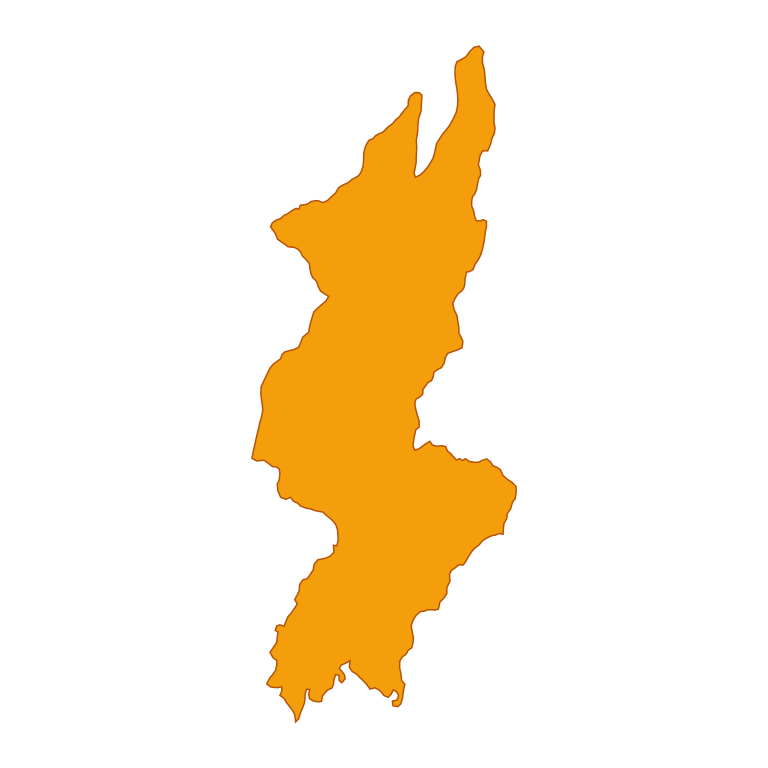 the district of Claro dos Poções, Minas Gerais, Brazil
{"feature_id": "56859067B92506852264935", "entity_name": "Claro dos Poções", "entity_type": "district", "adm_level": 2, "iso_a3": "BRA", "parent_name": "Brazil", "parent_adm1": "Minas Gerais", "projection": "equal_earth", "projection_center": [-44.226, -17.057], "detail": "fine", "context": "isolated", "style": "filled", "palette": "amber", "viewbox_px": 768, "rotation_deg": 0, "n_neighbors": 0, "source": "geoboundaries", "source_scale": "gbopen_adm2", "svg_char_len": 5505}
<svg xmlns="http://www.w3.org/2000/svg" viewBox="0 0 768 768"><path d="M510.5,509.2L512.4,502.4L515.1,498.7L516.1,492.9L516.1,486.7L512.3,482.5L507.3,479.3L502.9,475.3L500.5,469.8L496.6,467.1L493.0,465.8L490.5,461.9L486.7,458.9L482.4,460.3L478.4,462.3L474.4,462.3L469.0,461.3L465.4,458.7L462.4,460.5L459.7,458.7L456.3,460.0L453.6,456.9L450.6,453.5L447.5,451.1L445.7,446.5L441.1,445.7L436.5,446.3L432.3,444.9L430.0,441.3L425.9,443.6L422.8,446.0L419.1,448.7L414.8,450.3L413.0,445.6L414.0,438.3L415.7,430.0L419.1,427.0L419.1,420.8L417.2,414.8L415.5,408.1L414.8,402.9L416.1,399.0L419.8,397.0L422.8,394.1L422.9,389.4L425.6,385.9L428.0,382.5L431.5,380.6L433.1,377.2L434.0,372.1L437.1,369.9L441.6,367.5L444.2,363.0L445.4,357.5L447.7,353.3L452.7,351.5L457.5,349.9L461.9,347.9L462.9,341.5L461.1,337.3L458.9,333.0L458.9,327.2L457.9,321.9L457.0,315.7L454.2,309.9L452.7,303.5L455.3,298.0L457.9,293.9L461.1,291.5L463.6,288.5L464.7,284.6L465.1,278.4L466.6,272.0L469.8,271.5L473.1,269.5L475.0,264.4L478.4,259.5L481.1,254.0L482.6,248.4L484.1,241.5L484.9,235.5L485.4,231.3L486.5,226.7L486.4,221.3L483.4,219.7L480.0,220.9L476.3,220.7L474.8,217.1L473.8,211.5L471.6,205.7L471.7,201.3L472.4,197.1L474.7,193.9L476.5,189.8L477.6,183.4L478.8,178.3L480.7,175.2L480.2,169.5L478.4,164.9L479.3,159.3L480.2,155.2L482.7,150.8L487.7,150.9L490.5,144.4L492.1,137.8L494.3,133.8L495.0,128.2L494.0,122.4L494.0,116.6L494.1,110.9L495.0,104.4L491.8,98.5L488.9,93.8L486.4,88.9L485.4,82.3L484.9,75.1L484.2,69.1L482.6,63.3L482.3,57.3L483.9,52.1L479.1,46.1L473.9,47.4L470.1,51.1L467.5,54.7L465.2,57.3L461.0,59.6L456.8,61.8L455.2,66.7L455.0,74.2L455.5,80.3L456.1,84.4L456.9,88.9L457.5,94.0L457.8,99.3L457.5,106.3L456.3,112.2L454.0,117.3L451.1,122.7L448.7,126.7L445.6,130.5L443.1,133.5L440.9,136.6L438.8,140.0L436.7,143.4L435.7,147.5L434.6,153.1L432.9,158.5L430.6,162.4L427.7,167.1L424.3,171.1L420.6,174.6L415.5,177.3L414.0,173.2L415.0,168.7L416.1,162.9L416.3,156.2L416.7,146.9L416.3,140.4L417.0,135.6L417.8,130.9L417.8,125.7L418.7,118.0L421.0,111.5L421.3,104.7L421.7,100.0L421.9,95.1L419.2,92.7L415.0,92.5L410.7,95.6L408.4,100.0L408.1,105.8L405.3,109.1L401.6,113.6L398.9,117.3L395.9,119.6L392.6,123.6L387.4,127.5L383.1,132.0L379.4,133.6L375.7,135.5L373.1,138.6L368.9,140.3L366.7,144.0L364.9,148.1L363.7,153.5L363.6,160.3L363.1,165.8L361.3,171.5L359.1,175.2L356.0,177.3L352.1,179.3L347.7,182.9L343.1,184.9L338.6,187.7L335.5,193.2L331.2,196.9L327.4,200.6L323.0,202.6L317.8,200.6L314.1,200.9L310.9,201.6L307.4,204.2L303.6,204.8L300.2,205.3L298.9,209.3L296.0,208.4L292.2,210.4L287.3,214.0L284.4,215.1L280.8,218.4L276.5,220.0L272.3,222.9L270.5,226.8L273.0,230.2L275.6,233.9L277.6,239.3L281.4,242.0L284.6,244.0L287.9,246.7L291.3,247.1L294.5,247.5L298.0,249.2L300.6,252.2L302.6,256.2L306.2,259.7L309.2,263.4L309.9,268.2L310.9,273.7L312.9,277.9L316.7,281.5L318.1,286.4L320.6,291.2L324.8,294.0L328.7,296.4L325.6,301.4L321.9,304.4L317.7,308.1L313.8,311.9L311.9,318.1L310.3,323.7L309.3,328.3L308.7,332.3L305.5,334.8L302.8,337.1L301.0,341.7L298.7,347.2L293.9,349.5L288.7,350.8L284.4,352.1L282.0,354.6L280.6,358.8L277.3,361.2L273.1,364.3L270.2,367.9L268.1,371.9L265.8,376.8L263.3,381.9L261.2,386.6L260.8,393.7L261.6,400.3L262.3,404.6L262.8,410.5L261.6,416.7L260.0,421.8L258.5,428.7L256.9,435.2L255.8,440.0L254.4,446.7L253.1,452.3L251.9,458.2L256.6,460.9L260.7,460.5L264.2,460.3L267.8,462.9L272.3,466.5L276.3,466.9L279.2,468.9L279.9,473.6L279.2,480.0L277.2,484.3L277.9,490.9L280.6,497.3L285.8,499.3L290.6,497.4L293.3,501.1L297.5,503.1L300.5,506.0L303.5,507.1L306.4,508.2L310.6,508.9L315.0,510.6L318.5,511.3L322.7,512.0L326.1,515.1L330.1,518.3L333.9,522.0L336.1,525.5L337.5,529.8L337.9,535.0L338.2,540.1L336.8,545.9L333.4,545.2L334.0,552.2L330.3,556.0L326.7,557.8L323.1,558.8L317.7,559.8L314.2,564.2L313.2,569.9L310.1,574.6L307.3,578.6L302.9,579.8L299.7,584.3L299.2,590.6L297.3,594.8L294.7,599.6L297.3,603.9L294.4,608.4L291.4,612.8L287.9,616.8L286.0,621.2L284.2,626.3L279.9,624.8L276.6,626.1L275.3,630.5L278.1,631.9L277.3,636.7L276.7,642.3L273.8,646.7L270.0,652.3L272.8,657.4L276.9,660.7L276.7,665.1L275.7,670.2L272.8,674.4L269.5,678.3L266.8,684.0L270.5,686.9L274.4,687.5L278.2,687.6L281.5,686.7L281.9,690.9L279.9,695.3L284.1,698.4L286.5,702.6L289.6,706.6L292.3,710.0L294.8,714.8L295.6,721.9L298.6,718.9L300.6,712.7L302.9,707.0L304.3,703.3L304.9,699.4L305.1,694.7L306.5,689.3L309.6,689.3L308.7,694.7L309.6,698.8L313.6,701.1L318.4,701.9L321.5,701.3L322.4,696.2L324.9,692.9L328.0,689.8L331.7,688.2L333.6,684.0L333.9,679.8L335.7,674.5L339.0,675.4L339.2,680.4L341.7,682.7L345.1,678.9L344.5,674.9L342.1,671.6L339.3,668.7L341.0,665.2L345.8,663.1L350.1,660.7L349.3,667.1L352.1,671.4L356.9,674.4L359.6,677.4L362.6,680.1L366.4,684.0L370.0,689.1L375.1,687.8L380.3,690.9L383.9,695.5L388.1,697.3L391.1,694.3L393.3,689.8L396.3,691.6L398.6,695.5L397.0,700.0L392.4,701.1L393.0,705.8L397.8,706.6L400.7,704.0L402.5,698.2L403.4,690.9L404.9,684.2L401.6,680.5L400.9,673.8L399.6,667.4L399.8,661.2L402.3,656.9L405.9,654.3L408.3,650.1L411.7,647.9L413.0,642.7L413.5,637.9L412.3,632.5L411.2,625.8L413.3,619.7L416.1,615.4L420.1,611.7L424.0,611.2L427.5,609.9L431.6,609.7L434.8,610.1L438.4,609.2L439.9,602.1L443.7,598.3L446.8,593.8L446.9,587.4L450.0,581.3L449.5,574.1L451.8,570.0L454.7,568.2L458.7,564.9L463.2,565.0L465.3,562.2L467.7,558.0L470.8,552.9L473.5,549.3L476.1,547.1L479.2,544.8L481.9,541.3L484.9,539.1L488.3,537.3L491.8,535.7L495.7,535.0L499.2,533.5L503.0,534.3L503.5,527.5L504.0,523.3L506.7,518.7L507.4,513.3L510.5,509.2Z" fill="#f59e0b" stroke="#b45309" stroke-width="1.5"/></svg>